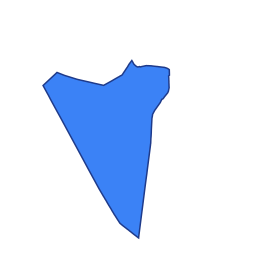 the district of Ash Shaykh Othman, `Adan, Yemen, rotated 138°
{"feature_id": "15242507B79114247407724", "entity_name": "Ash Shaykh Othman", "entity_type": "district", "adm_level": 2, "iso_a3": "YEM", "parent_name": "Yemen", "parent_adm1": "`Adan", "projection": "natural_earth1", "projection_center": [45.012, 12.885], "detail": "fine", "context": "isolated", "style": "filled", "palette": "blue", "viewbox_px": 256, "rotation_deg": 138, "n_neighbors": 0, "source": "geoboundaries", "source_scale": "gbopen_adm2", "svg_char_len": 2817}
<svg xmlns="http://www.w3.org/2000/svg" viewBox="0 0 256 256"><g transform="rotate(138 128 128)"><path d="M193.7,39.2L193.4,39.5L173.1,57.0L171.1,58.7L154.3,73.2L147.6,78.9L144.4,81.6L141.9,83.8L122.8,100.2L122.6,100.4L122.4,100.6L121.3,101.5L118.1,104.8L116.5,106.3L115.6,107.2L113.6,109.2L111.8,111.1L109.3,113.6L106.8,116.1L103.8,119.1L103.3,119.5L102.1,120.4L101.8,120.6L101.4,121.0L100.6,121.7L100.3,121.8L97.0,123.0L96.5,123.2L94.2,123.7L93.3,123.9L91.2,124.4L89.7,124.7L89.5,124.8L88.4,125.0L88.1,125.1L87.0,125.3L86.9,125.4L86.6,125.5L86.4,125.6L86.0,125.7L85.7,125.9L85.2,126.1L84.8,126.2L84.7,126.2L84.4,126.4L84.1,126.6L83.9,126.6L83.7,126.7L83.4,126.6L82.8,126.3L82.5,126.3L82.0,126.4L81.7,126.4L79.5,126.9L79.3,126.9L78.5,127.0L74.9,127.6L73.2,128.4L72.2,129.2L71.6,129.6L71.1,130.0L70.6,130.3L69.3,131.9L68.0,133.4L67.8,133.7L67.4,134.2L66.3,135.4L65.6,136.3L64.3,137.8L63.7,138.6L63.3,139.1L63.0,139.5L61.9,139.5L60.0,141.7L58.3,143.7L58.3,143.9L58.4,144.3L58.5,144.7L58.6,145.2L58.8,145.8L59.0,146.2L59.1,146.5L59.4,147.0L59.6,147.4L59.7,147.6L59.8,147.7L60.3,148.6L60.8,149.1L60.9,149.3L61.3,149.7L64.1,152.9L65.0,154.0L65.4,154.4L67.3,156.5L69.2,158.7L70.2,159.7L70.6,160.1L71.0,160.5L71.4,160.9L71.9,161.3L72.4,161.9L72.8,162.2L73.8,162.8L74.7,163.3L75.0,163.5L75.4,163.7L76.0,164.1L76.9,164.6L77.3,164.8L78.0,165.2L78.2,165.6L78.4,166.0L78.8,166.1L79.9,166.8L80.4,167.7L80.6,168.6L80.8,170.0L80.9,171.6L80.6,172.8L80.5,173.4L80.3,174.0L80.1,175.1L80.0,175.6L84.1,174.8L85.5,174.4L87.6,173.7L89.4,173.3L91.7,172.7L92.3,172.5L92.9,172.4L96.3,171.5L96.7,171.4L96.8,171.4L97.9,171.5L98.3,171.7L98.6,171.8L99.1,171.9L99.6,172.0L100.0,172.0L100.4,172.1L100.7,172.2L101.0,172.3L102.9,172.7L104.2,173.0L108.6,173.9L117.6,176.0L121.7,181.8L123.0,183.6L125.2,186.8L132.6,197.3L133.4,198.5L140.0,209.6L143.2,216.0L143.6,216.8L147.0,216.7L153.8,216.6L162.7,216.4L163.6,212.7L164.9,207.2L165.2,205.8L165.8,203.5L166.4,201.2L167.2,197.9L169.6,187.8L170.8,182.6L176.4,159.4L182.3,135.0L184.7,125.2L185.4,122.3L190.3,101.7L191.6,95.3L191.7,94.9L191.7,94.6L191.8,94.4L191.9,93.9L192.0,93.4L192.1,92.9L192.1,92.5L192.2,92.0L192.3,91.7L192.4,91.2L192.6,90.5L192.7,89.5L192.9,88.7L193.0,88.1L193.1,87.6L193.3,86.9L193.4,86.3L193.6,85.5L193.8,84.3L194.0,83.5L194.2,82.2L194.4,81.3L194.5,80.6L194.7,79.6L194.9,78.6L195.1,77.8L195.3,76.9L195.5,75.7L195.7,74.6L195.9,73.7L196.0,73.3L196.1,72.9L196.2,71.8L196.3,71.1L196.5,70.4L196.5,69.8L196.6,69.6L196.7,68.8L196.9,67.8L197.1,66.6L197.2,65.8L197.3,65.1L197.5,64.0L197.7,62.8L197.7,62.4L197.5,61.0L197.3,59.5L197.1,58.3L196.9,57.3L196.7,56.1L196.4,54.6L196.2,53.2L195.9,52.0L195.7,50.4L195.4,49.0L195.3,48.1L195.2,47.6L194.9,45.7L194.8,45.1L194.6,44.0L194.3,42.5L194.1,41.3L193.9,40.3L193.8,39.5L193.7,39.2Z" fill="#3b82f6" stroke="#1e3a8a" stroke-width="1.5"/></g></svg>